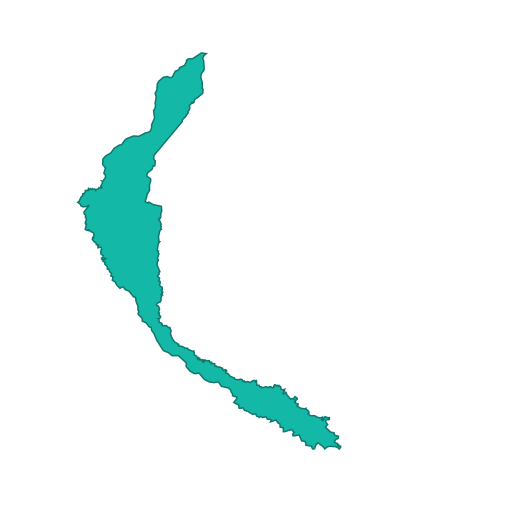 the district of Restrepo, Meta, Colombia, rotated 37°
{"feature_id": "7082276B24108875707183", "entity_name": "Restrepo", "entity_type": "district", "adm_level": 2, "iso_a3": "COL", "parent_name": "Colombia", "parent_adm1": "Meta", "projection": "robinson", "projection_center": [-73.4, 4.296], "detail": "fine", "context": "isolated", "style": "filled", "palette": "teal", "viewbox_px": 512, "rotation_deg": 37, "n_neighbors": 0, "source": "geoboundaries", "source_scale": "gbopen_adm2", "svg_char_len": 6083}
<svg xmlns="http://www.w3.org/2000/svg" viewBox="0 0 512 512"><g transform="rotate(37 256 256)"><path d="M94.5,124.3L90.2,126.7L86.6,136.7L83.3,139.3L82.7,141.5L83.5,142.5L84.3,146.8L81.6,151.5L82.2,153.8L80.3,157.1L81.5,163.5L80.1,165.3L77.1,166.1L74.5,169.0L73.2,174.8L73.6,178.0L76.8,182.9L77.6,186.8L80.7,189.1L83.6,194.9L85.3,196.4L86.5,199.1L86.7,201.5L92.0,206.9L93.6,213.9L95.6,216.7L96.4,219.4L95.9,221.5L93.6,224.3L90.4,230.9L85.9,233.9L82.2,239.9L81.5,242.2L81.7,248.1L80.1,249.6L77.9,255.4L78.1,261.0L75.8,266.4L75.4,270.6L78.4,275.1L82.8,276.4L84.7,281.5L87.1,282.1L88.5,283.8L88.6,288.6L88.0,288.9L88.8,289.0L89.3,290.2L90.1,293.9L91.3,293.9L91.9,294.7L89.5,295.9L89.5,297.7L87.8,299.5L88.2,300.0L86.8,299.6L85.3,301.1L84.8,300.9L85.0,301.6L83.1,301.9L82.8,303.8L81.8,303.0L82.0,305.1L80.3,306.4L81.4,308.2L80.9,309.1L81.2,310.0L80.2,310.6L81.3,312.0L80.8,313.7L81.8,319.2L81.3,320.4L84.2,320.3L86.2,321.3L88.2,320.9L91.1,318.3L92.3,315.6L92.1,324.4L93.6,325.8L95.2,325.7L96.5,327.8L98.5,328.6L99.6,332.4L101.4,332.5L101.2,333.3L102.1,333.9L103.6,337.6L105.8,337.1L106.2,336.1L107.0,336.5L107.4,335.4L108.9,336.0L112.0,335.3L114.4,336.8L114.3,337.9L115.4,339.2L114.4,339.6L115.3,341.3L118.9,342.1L120.2,341.7L121.8,343.1L123.4,341.9L123.8,343.5L125.0,344.5L126.2,342.6L127.2,342.3L128.7,343.6L128.8,344.9L130.8,347.7L133.8,347.8L134.6,349.0L133.9,350.5L134.3,351.2L135.6,351.6L136.4,350.5L136.3,348.8L137.8,348.6L136.8,350.6L137.1,352.3L139.2,351.8L140.0,353.5L143.7,354.0L145.2,356.0L146.5,355.1L148.6,356.7L150.4,356.7L151.4,357.4L152.0,359.3L154.3,358.6L155.9,361.9L159.5,361.4L161.8,362.9L166.8,363.7L168.0,360.9L168.7,360.6L171.8,361.5L175.7,360.5L182.8,362.3L184.7,361.5L187.6,364.5L192.0,367.2L194.2,370.2L195.9,370.9L196.4,372.8L197.5,373.6L202.6,374.3L204.4,376.5L208.4,375.4L213.2,376.9L215.3,376.1L217.5,378.3L221.2,379.3L227.3,382.9L238.0,387.0L240.0,387.1L244.0,385.9L249.0,386.1L253.9,382.3L264.6,383.3L266.7,386.3L272.6,387.7L277.7,387.0L281.0,383.8L288.7,385.6L294.1,384.8L298.7,382.4L301.6,379.1L306.8,380.9L313.3,378.0L316.4,378.3L318.6,379.9L320.1,380.0L321.4,381.7L325.4,380.3L326.5,381.3L326.4,386.4L331.8,385.4L334.0,387.7L335.4,387.0L336.8,385.1L339.8,386.2L342.6,385.0L348.5,384.5L350.8,382.2L352.7,383.5L355.8,382.8L356.0,381.4L358.5,381.0L360.7,378.3L363.3,379.5L365.9,377.7L366.9,378.1L367.4,379.7L370.7,374.9L373.9,376.1L376.3,375.8L378.3,378.2L381.1,376.7L383.5,379.8L384.6,379.1L388.8,373.1L392.6,374.0L392.5,376.3L393.9,377.4L398.2,373.0L403.8,376.2L405.7,375.0L407.9,374.8L409.8,377.1L414.8,374.4L416.6,375.8L417.8,375.9L418.7,374.7L417.5,370.7L418.1,367.8L425.0,367.9L427.0,368.8L427.9,365.3L429.2,363.7L434.1,360.5L436.4,359.8L438.6,360.1L438.8,358.0L438.1,357.0L436.5,358.1L436.0,357.2L435.1,358.0L434.7,356.9L433.8,356.8L430.6,357.6L430.1,354.7L431.4,352.2L430.2,350.3L426.7,351.9L424.8,350.3L421.4,351.7L414.6,351.0L414.6,347.4L411.6,346.7L410.5,345.7L411.8,343.0L412.7,343.0L412.9,342.2L411.9,340.9L410.3,342.1L407.8,342.7L407.6,345.1L408.5,345.6L408.3,347.0L407.5,346.7L407.0,347.2L406.0,344.8L404.8,346.6L402.0,347.9L399.0,348.2L396.0,350.5L394.7,350.8L392.5,350.9L392.9,349.8L392.2,348.7L390.4,348.1L388.4,348.4L387.5,347.5L386.8,348.8L383.3,350.7L378.9,351.2L379.2,349.5L378.7,348.8L375.8,349.8L375.4,349.0L374.6,349.0L375.1,348.3L374.1,347.4L374.9,346.7L375.1,345.5L374.5,344.8L371.8,344.8L371.7,347.8L370.8,348.0L369.7,349.5L364.0,348.2L362.1,347.0L360.9,349.7L359.8,348.6L360.2,346.6L359.3,346.5L359.1,345.2L357.9,346.8L356.4,347.3L354.1,345.5L352.8,346.1L352.2,345.6L351.8,346.9L350.7,346.5L349.9,347.6L348.8,347.3L348.3,347.8L348.5,349.4L349.2,349.7L348.5,351.5L346.3,351.5L345.3,352.4L345.0,353.9L342.8,354.2L340.1,357.6L338.7,357.4L337.5,358.2L336.3,357.4L334.3,358.6L331.5,355.5L331.3,356.8L330.1,356.0L328.6,357.3L327.2,360.9L325.3,361.0L323.0,363.4L321.9,362.8L321.1,364.1L319.5,363.1L317.6,363.7L316.7,365.3L313.9,366.9L312.8,367.1L312.0,366.4L308.1,367.6L304.1,366.7L302.6,367.8L301.5,367.3L301.7,366.4L301.1,365.9L301.7,365.4L301.1,365.0L299.6,365.4L298.9,367.5L298.9,366.7L297.4,366.8L297.0,365.8L293.3,366.7L292.9,367.7L290.3,367.9L289.6,368.7L287.7,366.8L285.1,368.9L284.6,367.6L282.5,368.5L281.7,367.6L280.2,369.1L277.5,369.9L277.3,370.8L278.1,370.4L278.4,371.5L278.0,372.5L276.4,371.1L276.3,372.2L275.3,371.2L274.2,372.5L272.8,371.7L272.9,372.9L271.3,372.0L271.4,373.2L268.9,371.7L266.6,372.2L263.6,369.3L263.2,370.0L258.9,371.2L256.5,371.0L255.9,371.8L251.2,372.8L248.4,374.4L247.6,373.2L246.7,373.8L246.2,373.1L242.9,373.7L238.7,372.3L234.5,369.7L233.2,366.9L230.3,365.0L229.2,365.8L226.3,365.5L223.4,367.8L222.3,367.8L222.4,367.1L221.0,366.5L218.4,367.2L216.4,364.7L215.8,364.8L216.7,363.8L216.5,362.2L215.8,361.5L214.1,361.6L213.2,359.7L212.4,360.2L210.6,356.0L208.0,354.7L206.6,355.3L205.6,354.8L206.0,351.6L207.2,350.5L206.8,348.5L205.0,346.2L205.0,345.1L203.9,344.3L204.5,343.7L203.7,343.7L204.1,343.1L203.3,342.7L203.7,341.7L203.2,341.0L202.7,341.6L201.9,340.3L200.9,340.2L201.3,339.1L199.9,337.4L198.4,337.9L196.4,337.3L195.5,334.8L194.6,334.1L195.0,333.7L193.4,334.6L192.4,331.8L189.4,331.4L189.5,328.6L188.2,327.7L188.7,326.4L182.4,322.8L181.0,320.4L180.8,318.7L180.0,317.6L178.7,317.3L177.1,312.6L175.6,312.1L175.3,310.9L173.5,310.8L170.6,305.0L170.5,302.4L169.7,302.7L166.3,299.0L164.0,293.7L164.3,291.4L163.0,290.9L162.6,289.5L161.2,288.6L161.2,287.7L157.7,285.7L156.8,285.9L156.3,284.9L156.7,284.1L156.2,284.2L156.5,282.6L154.1,278.7L153.6,276.7L150.5,273.3L143.0,276.8L138.0,277.4L137.8,278.8L134.7,279.3L132.8,273.7L132.1,273.0L131.4,267.5L128.1,263.3L126.6,259.2L125.3,257.8L120.9,257.9L120.0,257.0L119.4,255.1L120.8,249.0L119.6,246.6L120.9,244.8L118.4,240.7L116.3,240.3L114.5,238.3L114.0,236.7L116.2,193.2L115.2,191.4L115.8,188.2L115.7,182.5L114.8,182.0L114.7,178.9L113.3,176.8L112.5,176.7L112.3,174.5L112.8,172.8L112.5,171.9L113.4,172.0L114.0,170.9L112.8,167.5L114.3,163.6L115.5,158.0L113.4,154.7L111.8,154.5L111.3,153.0L108.4,149.6L104.0,146.2L102.6,142.9L102.7,139.5L102.1,137.9L96.7,131.6L94.3,130.2L93.8,127.3L94.5,124.3Z" fill="#14b8a6" stroke="#0f766e" stroke-width="1.5"/></g></svg>